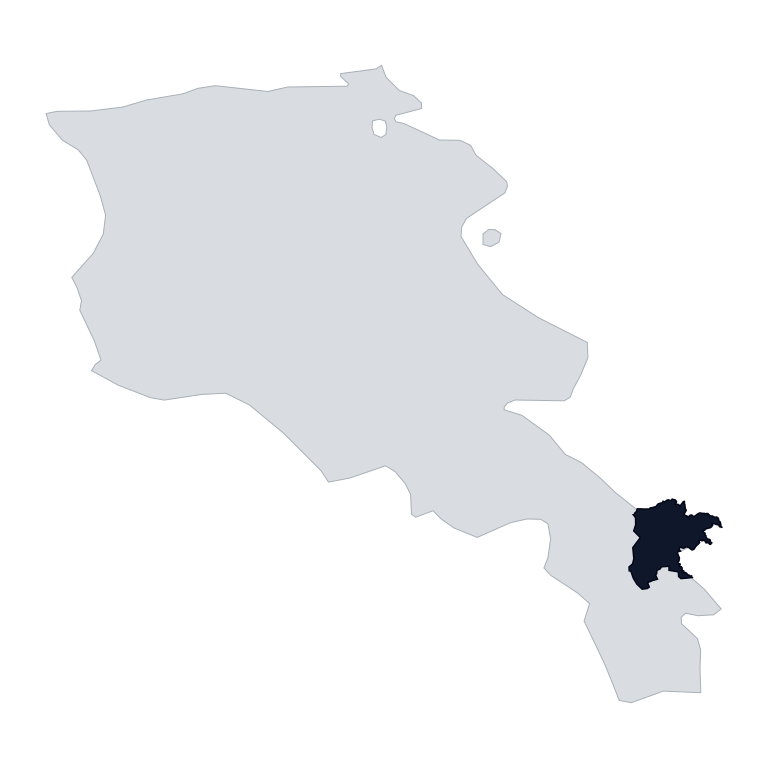 location of Goris, Syunik, Armenia
{"feature_id": "60910142B80914034873135", "entity_name": "Goris", "entity_type": "district", "adm_level": 2, "iso_a3": "ARM", "parent_name": "Armenia", "parent_adm1": "Syunik", "projection": "robinson", "projection_center": [46.432, 39.469], "detail": "fine", "context": "in_parent", "style": "filled", "palette": "ink", "viewbox_px": 768, "rotation_deg": 0, "n_neighbors": 0, "source": "geoboundaries", "source_scale": "gbopen_adm2", "svg_char_len": 7798}
<svg xmlns="http://www.w3.org/2000/svg" viewBox="0 0 768 768"><path d="M328.5,482.1L321.1,470.8L283.9,433.5L249.4,404.9L225.7,393.2L201.7,394.4L164.3,400.1L150.7,397.7L118.4,385.3L91.5,370.6L95.3,364.5L101.0,360.1L94.4,341.0L79.8,310.3L81.5,300.7L76.9,287.4L71.8,277.3L93.3,253.3L103.3,234.0L105.6,215.1L100.2,195.6L86.7,160.2L78.3,149.9L62.5,140.3L49.3,124.7L46.1,113.5L57.4,111.3L90.2,111.0L122.0,107.2L147.0,99.9L183.1,93.8L198.0,88.3L215.4,85.7L268.0,91.5L287.7,87.0L347.0,86.2L348.6,83.9L340.6,76.4L340.7,73.6L376.0,68.9L381.5,65.3L386.0,77.2L399.2,90.4L413.7,95.7L421.4,103.0L421.7,108.5L396.0,115.2L394.3,118.5L396.0,121.8L403.6,123.4L439.4,140.0L459.9,140.3L470.7,145.4L476.0,155.2L493.1,168.7L506.7,181.7L507.5,186.2L504.9,192.9L466.5,218.4L461.6,227.2L461.0,236.5L477.7,264.2L502.4,294.5L538.1,317.5L587.3,342.5L587.9,357.9L580.1,376.3L573.3,388.8L570.2,397.2L564.2,400.8L515.0,400.0L507.6,403.0L504.4,406.7L504.1,409.7L521.8,415.3L549.4,435.2L565.2,454.4L581.8,462.8L600.3,478.1L615.2,492.4L638.4,510.9L664.2,504.9L698.8,521.3L700.2,532.5L698.1,542.5L676.3,553.4L673.6,557.9L673.6,561.7L676.5,567.0L689.2,575.9L704.3,589.2L721.2,608.9L713.7,614.8L697.9,615.7L685.6,613.2L681.2,617.3L681.5,623.7L697.5,638.7L700.6,649.7L700.0,668.7L700.8,692.7L663.3,691.1L631.3,702.7L619.2,700.4L611.2,680.0L604.4,663.4L584.1,621.0L589.6,603.6L578.3,593.5L551.0,575.5L544.0,568.0L547.9,557.8L550.6,539.0L548.0,523.9L540.7,519.3L527.0,519.0L510.5,522.7L477.1,537.4L454.0,528.0L440.7,518.6L433.0,510.7L415.7,517.2L411.5,514.1L410.6,494.5L405.5,484.0L395.2,471.7L385.5,465.8L349.9,478.0L328.5,482.1ZM385.8,134.5L386.9,127.5L385.4,121.2L379.6,119.2L372.6,120.8L372.0,127.8L374.1,134.5L381.2,137.5L385.8,134.5ZM498.9,242.3L490.7,246.6L483.0,244.6L483.1,233.8L488.6,229.5L495.0,229.7L501.0,233.6L498.9,242.3Z" fill="#d9dde1" stroke="#a8b0b8" stroke-width="1"/><path d="M692.2,577.5L692.0,577.3L691.9,577.0L691.7,576.9L691.6,576.5L691.6,575.9L691.3,575.8L691.1,576.0L691.0,576.7L690.8,576.5L690.1,575.9L689.8,575.7L689.5,575.4L689.3,575.2L688.0,575.0L687.9,574.7L687.7,574.6L687.5,574.3L687.1,574.0L686.8,573.7L686.7,573.5L686.4,573.0L685.9,572.9L685.2,572.5L684.9,572.5L684.6,572.4L684.4,572.4L684.0,572.5L683.5,572.4L683.3,572.2L683.4,571.9L683.7,571.5L683.8,571.3L683.8,571.0L683.6,570.9L682.8,570.8L682.4,570.8L682.2,570.6L682.2,570.4L682.2,570.1L682.2,569.8L681.9,569.5L682.1,569.2L682.1,568.1L682.0,567.6L681.7,567.4L681.6,567.2L681.4,566.8L681.0,566.7L680.2,566.6L679.8,566.6L679.9,566.1L679.8,565.9L678.9,565.5L678.9,565.2L679.1,565.0L679.8,564.9L680.1,564.6L680.2,564.4L680.2,564.1L680.0,563.9L678.7,563.5L678.1,563.1L678.0,562.9L677.9,562.5L677.7,562.0L677.8,561.9L678.2,561.8L678.5,561.6L678.8,561.2L679.1,560.7L679.1,560.3L679.1,560.1L679.1,559.7L678.9,559.3L679.2,559.1L679.4,558.8L679.4,558.1L679.2,557.4L678.9,556.6L678.5,555.9L678.2,555.0L677.9,554.0L677.2,552.9L677.9,551.7L678.3,551.4L679.3,551.2L680.0,551.2L680.5,551.1L680.3,550.8L679.9,550.6L679.3,549.9L679.4,549.1L679.4,548.5L679.6,547.9L680.0,547.4L680.6,547.3L680.9,547.3L681.9,547.7L682.5,548.0L683.3,548.1L683.9,548.1L684.7,547.8L685.1,547.4L685.4,547.0L686.2,546.9L686.7,547.0L688.0,547.3L688.8,547.6L689.4,548.0L689.9,548.5L690.2,548.8L691.0,549.2L692.0,550.0L692.5,549.8L693.6,549.5L693.8,549.4L694.2,548.9L695.2,547.3L696.1,546.1L696.7,545.5L697.3,544.9L698.3,544.1L699.3,543.0L699.6,542.5L699.6,542.2L698.9,540.9L699.0,540.6L699.8,540.2L700.4,540.2L701.0,540.3L701.5,540.6L702.0,540.8L702.5,540.7L702.7,540.4L702.8,540.1L703.1,540.0L703.4,540.1L703.5,540.4L703.7,540.5L704.0,540.4L704.3,540.4L704.5,540.5L704.8,541.0L705.3,541.7L705.6,542.1L706.0,542.2L706.2,542.4L706.2,542.9L706.5,542.9L706.8,542.7L707.0,542.3L707.5,542.7L708.1,542.9L708.5,542.9L709.0,542.9L709.0,543.4L709.6,544.2L709.9,544.4L710.4,544.4L710.7,544.1L711.0,543.9L711.0,543.5L711.1,543.2L711.7,543.1L711.8,542.8L711.4,542.5L710.6,542.0L710.5,541.7L710.4,541.4L710.2,541.1L710.4,540.8L710.3,540.4L710.1,540.0L710.0,539.6L709.4,539.4L709.0,539.3L708.7,539.2L708.2,539.1L707.8,539.0L707.1,538.7L706.7,538.0L706.5,537.7L705.9,537.4L705.9,537.1L706.0,536.8L705.9,536.3L706.0,535.9L705.8,535.4L705.7,535.3L705.1,535.1L704.7,534.8L704.6,534.6L704.7,534.3L705.2,533.6L705.2,533.4L704.9,533.2L702.9,531.7L702.9,531.4L702.9,531.0L703.0,530.7L703.4,530.6L704.0,530.5L704.3,530.3L704.7,530.2L704.9,530.0L705.1,529.4L705.5,529.0L706.3,528.9L706.9,528.6L707.6,528.3L709.3,528.0L710.0,527.8L710.6,527.6L711.2,527.1L711.7,526.6L712.1,526.0L712.4,525.6L712.7,525.2L712.6,524.9L712.0,524.4L712.0,524.1L712.3,523.7L713.0,523.6L713.4,523.6L714.0,523.7L714.6,523.8L715.2,524.0L716.1,524.4L718.0,524.9L718.5,525.0L719.0,525.0L719.2,525.3L719.2,525.9L719.3,526.2L719.5,526.5L719.8,526.8L721.0,527.1L721.4,527.3L721.7,527.4L721.9,527.2L721.2,526.4L720.8,525.9L720.7,525.6L720.8,525.2L720.9,524.8L720.8,524.6L720.5,524.5L720.4,524.3L720.5,523.8L720.6,523.3L720.6,523.0L720.4,522.7L720.2,522.5L720.1,521.8L719.9,521.6L719.5,521.6L719.2,521.2L719.1,520.9L718.8,520.6L718.6,520.3L718.5,520.0L718.5,519.6L718.7,519.2L718.5,518.7L717.9,518.3L717.9,517.9L717.5,517.8L717.4,518.0L717.4,517.6L717.3,517.4L717.1,517.2L716.6,517.0L716.1,517.0L715.9,517.2L715.4,517.4L714.3,517.1L713.7,516.7L713.4,516.6L713.0,516.4L712.7,516.1L712.5,516.3L712.2,516.5L711.9,516.3L711.4,516.0L711.1,515.9L710.5,515.8L709.9,515.6L709.7,515.5L709.4,515.2L709.1,514.8L708.2,514.8L708.3,514.6L708.4,514.1L708.2,513.9L707.9,513.6L707.3,513.5L706.5,513.5L705.2,513.9L704.7,514.0L704.4,513.9L704.4,513.4L704.1,513.3L703.1,513.4L702.7,513.4L701.9,513.3L701.3,513.1L700.4,513.0L699.4,513.0L698.6,513.4L697.1,514.3L696.5,514.8L695.9,515.4L694.5,516.2L693.7,516.5L692.9,516.0L692.3,515.5L691.7,515.0L691.3,515.0L690.6,515.1L689.7,515.5L689.3,515.9L688.9,517.1L688.8,517.6L688.6,517.8L688.2,517.8L687.9,517.5L687.6,516.8L686.9,516.1L685.9,515.7L685.0,515.3L684.3,515.0L684.2,514.5L684.3,513.8L684.5,513.3L684.9,512.7L685.8,511.2L686.1,510.6L686.1,510.0L686.0,509.7L685.7,509.4L685.5,508.9L685.3,508.5L685.2,508.0L685.2,507.4L684.9,505.9L684.9,505.3L685.0,504.8L684.5,504.2L684.4,503.6L684.5,503.2L684.5,502.7L684.4,502.2L684.4,501.9L684.5,501.6L684.3,501.3L683.6,501.5L683.3,501.6L683.1,501.9L683.0,502.2L682.5,502.7L682.3,503.1L681.7,503.8L681.2,504.4L681.0,504.8L680.7,505.2L680.5,505.4L679.8,506.2L679.5,505.8L679.3,505.4L679.0,505.0L678.4,504.5L677.7,504.5L677.2,504.3L676.6,504.3L675.2,504.3L675.5,503.5L676.2,502.7L676.4,502.4L676.5,501.7L676.4,501.2L676.1,500.9L675.4,500.2L675.1,499.8L674.7,499.7L674.1,499.7L672.8,499.3L672.3,499.1L672.2,499.1L671.9,499.4L671.6,499.9L671.4,500.1L671.0,500.4L670.6,500.6L669.9,500.5L668.8,499.9L668.4,499.9L668.0,499.9L667.3,500.0L667.0,500.2L666.5,500.6L666.0,500.9L665.5,501.3L664.9,502.0L664.5,502.1L664.3,502.0L664.0,501.6L663.7,501.4L663.4,501.3L662.9,501.4L662.9,501.8L662.5,502.4L662.1,502.7L661.6,502.9L660.9,503.0L660.3,503.2L659.6,503.4L659.2,503.6L658.4,503.8L657.9,504.1L657.8,504.5L657.2,505.0L656.9,505.2L656.7,505.9L656.4,506.2L655.5,506.7L655.0,506.8L654.4,507.0L653.3,507.3L652.7,507.5L652.1,507.7L651.5,507.7L650.9,507.7L650.3,507.9L650.0,508.2L649.7,508.6L649.5,508.9L648.7,509.2L647.9,509.1L647.2,509.1L646.1,509.0L644.1,509.0L643.3,509.0L641.5,508.9L639.9,508.9L638.1,508.8L637.4,508.8L637.0,509.1L636.9,509.8L636.7,510.9L636.4,511.7L636.1,511.9L635.3,512.4L634.8,513.1L634.6,513.4L634.5,513.7L634.3,514.1L634.3,514.5L634.1,514.8L633.3,514.8L635.5,517.6L635.7,524.6L633.7,530.9L640.3,537.6L632.8,547.6L633.8,558.7L632.6,563.8L629.0,567.0L629.2,570.9L630.8,571.0L633.3,578.2L636.9,584.2L642.2,589.2L647.3,588.5L649.3,587.1L647.6,582.6L653.0,580.4L657.5,579.2L655.6,575.1L656.6,573.8L657.0,570.3L660.2,568.9L661.4,566.8L669.0,566.3L669.0,570.3L678.4,571.9L678.6,576.5L680.9,578.6L686.9,578.1L692.2,577.5Z" fill="#0f172a" stroke="#020617" stroke-width="1.5"/></svg>